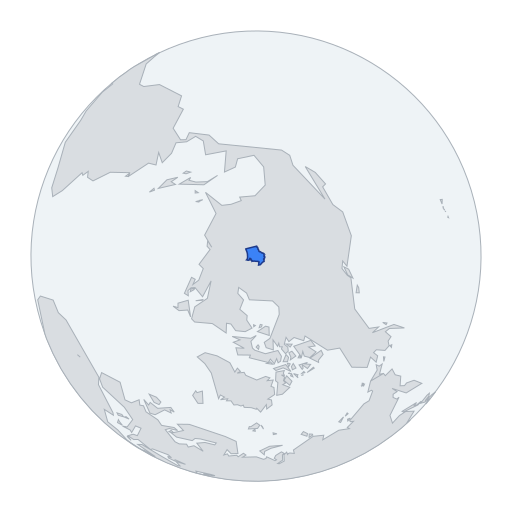 Wisconsin highlighted on a globe, orthographic projection, rotated 166°
{"feature_id": "USA-3553", "entity_name": "Wisconsin", "entity_type": "State", "adm_level": 1, "iso_a3": "USA", "parent_name": "United States of America", "parent_adm1": "", "projection": "orthographic", "projection_center": [-89.863, 44.9], "detail": "fine", "context": "on_globe", "style": "filled", "palette": "blue", "viewbox_px": 512, "rotation_deg": 166, "n_neighbors": 0, "source": "natural_earth", "source_scale": "10m", "svg_char_len": 12200}
<svg xmlns="http://www.w3.org/2000/svg" viewBox="0 0 512 512"><g transform="rotate(166 256 256)"><circle cx="256" cy="256" r="225" fill="#eef3f6" stroke="#a8b0b8"/><path d="M301.0,476.7L305.1,475.8L300.0,476.9L306.3,474.0L316.1,468.9L327.5,450.8L323.9,447.6L308.2,445.7L289.5,429.4L295.4,419.8L291.0,416.0L305.5,400.0L301.1,387.0L295.8,385.8L290.9,391.8L272.3,384.7L265.1,373.9L205.6,352.6L198.9,345.5L198.2,335.1L175.3,294.5L186.6,330.9L178.3,322.8L171.1,309.1L174.6,307.0L169.0,287.3L161.2,277.8L158.6,252.6L170.2,224.1L173.1,230.2L175.6,223.1L172.1,215.2L169.2,211.9L173.0,180.7L163.8,158.4L154.2,157.5L161.6,153.4L138.7,156.2L129.4,150.3L144.1,153.4L148.8,151.2L144.5,145.1L148.4,141.5L148.6,136.7L153.7,133.2L161.9,135.9L165.3,133.8L162.1,129.7L165.1,123.9L169.3,130.2L175.1,121.0L189.9,124.9L197.0,146.4L209.4,147.3L227.8,166.5L230.2,162.3L238.8,167.7L244.8,165.0L246.5,169.8L249.9,163.6L247.2,159.8L247.7,155.9L251.0,154.1L253.8,159.7L252.5,161.5L255.1,162.2L255.0,165.9L256.9,163.1L259.8,170.5L261.9,160.7L268.3,164.6L268.9,170.2L262.4,172.7L247.6,193.7L246.2,201.0L250.8,208.4L273.0,215.1L274.1,222.3L280.4,229.7L282.7,224.1L278.7,216.4L284.6,208.2L279.0,200.3L280.5,196.0L277.3,187.0L284.8,185.2L293.8,188.5L296.8,196.1L300.9,197.9L303.6,188.5L314.7,201.0L331.5,206.8L333.7,210.7L327.7,221.5L313.4,226.7L305.6,242.7L317.7,229.4L322.8,240.1L326.6,240.9L330.4,238.9L331.3,233.8L334.5,237.1L323.7,250.9L320.6,248.1L324.1,243.6L317.4,246.4L310.2,256.6L313.3,261.7L299.0,273.4L301.1,277.3L299.2,282.4L296.8,275.2L300.8,288.7L284.5,306.9L289.6,330.0L276.9,313.4L267.7,312.2L256.9,313.3L257.6,317.1L242.4,314.7L229.9,322.6L227.0,340.6L233.6,354.2L250.3,354.8L254.5,347.3L266.3,345.1L259.5,365.2L280.4,366.4L279.3,380.4L285.6,386.7L295.7,383.6L306.2,385.2L313.1,376.1L324.4,369.2L325.4,380.0L331.0,368.5L337.8,372.1L359.9,364.3L358.4,367.4L377.1,372.5L396.0,368.3L400.4,373.1L398.3,378.7L404.5,376.2L404.6,378.9L428.1,366.3L438.9,362.8L437.7,371.6L427.0,389.1L413.5,412.5L393.3,430.0L385.6,437.9L365.4,452.2L353.5,457.6L354.3,458.4L345.6,462.6L337.1,465.9L333.5,467.5L327.1,469.7L328.9,469.1L301.0,476.7ZM61.6,265.9L62.9,261.4L63.6,266.2L61.6,265.9ZM62.8,257.4L62.5,259.2L62.5,257.4L62.8,257.4ZM62.1,255.2L62.6,256.8L61.9,255.4L62.1,255.2ZM61.0,252.9L61.7,254.0L61.0,252.9ZM289.3,337.7L313.1,344.3L300.4,348.0L302.7,345.7L296.5,342.3L285.2,339.9L273.8,343.5L289.3,337.7ZM60.1,248.0L59.9,246.6L60.6,247.2L60.1,248.0ZM298.0,323.7L294.0,323.5L297.8,322.7L298.0,323.7ZM167.3,211.1L171.6,215.5L173.3,224.2L169.3,220.8L167.3,211.1ZM164.7,195.3L167.8,196.1L164.8,203.2L164.0,200.5L164.7,195.3ZM146.4,157.9L149.1,160.9L145.1,159.3L146.4,157.9ZM147.8,136.7L145.7,137.1L146.7,134.5L147.8,136.7ZM273.4,188.7L275.3,187.9L275.0,189.9L273.4,188.7ZM270.3,185.7L268.4,188.6L266.7,187.7L267.8,185.9L270.3,185.7ZM155.3,126.8L157.5,122.8L156.7,127.3L155.3,126.8ZM272.9,182.3L263.7,185.6L260.6,183.9L262.4,175.7L272.9,182.3ZM159.7,120.7L164.8,111.4L160.7,111.2L175.1,106.9L166.0,116.0L165.7,121.4L163.1,119.3L159.7,120.7ZM244.9,159.4L247.9,163.3L242.3,161.7L244.9,159.4ZM241.2,159.3L223.2,160.9L220.4,154.4L227.0,155.0L220.9,148.4L228.3,144.4L233.4,147.2L233.7,152.1L236.3,146.9L241.2,159.3ZM182.3,106.3L184.7,104.6L183.7,106.9L182.3,106.3ZM247.5,154.2L244.2,154.9L241.5,149.3L247.8,146.9L246.6,149.4L247.5,154.2ZM215.6,148.7L214.7,144.3L220.5,139.9L221.0,137.6L228.3,143.8L215.6,148.7ZM248.9,149.8L251.0,145.8L255.3,146.9L250.7,153.1L248.9,149.8ZM238.1,149.0L237.2,146.3L239.8,147.0L238.1,149.0ZM271.7,149.2L267.7,149.8L265.9,146.9L271.7,149.2ZM251.5,144.3L250.0,143.9L248.9,143.0L251.1,140.7L251.5,144.3ZM231.8,140.3L234.5,139.5L229.2,137.6L233.3,134.4L237.4,139.2L237.4,135.8L238.6,134.8L240.6,139.9L231.8,140.3ZM250.0,135.5L256.7,140.9L264.4,140.1L266.2,142.6L253.4,143.5L250.0,135.5ZM244.3,137.6L248.2,136.8L248.4,140.1L245.9,142.7L244.3,137.6ZM234.6,130.6L227.2,134.2L226.6,133.1L234.6,130.6ZM252.2,134.6L250.6,133.3L252.8,134.1L252.2,134.6ZM240.0,131.0L237.5,132.4L236.8,131.0L240.0,131.0ZM249.4,129.8L251.5,131.4L249.9,133.2L249.4,129.8ZM245.0,129.8L244.7,127.6L248.0,132.8L244.0,130.6L245.0,129.8ZM239.8,129.5L238.5,129.2L240.9,129.1L239.8,129.5ZM254.5,122.4L258.9,128.5L255.2,132.3L251.4,125.8L254.5,122.4ZM155.8,54.2L156.8,53.7L166.9,49.1L167.1,49.0L168.1,48.6L182.9,42.9L198.0,38.3L213.5,34.8L229.1,32.3L244.9,31.0L260.8,30.8L276.6,31.7L292.3,33.7L307.9,36.8L323.1,41.0L338.1,46.2L352.6,52.5L366.7,59.8L380.2,68.1L393.1,77.3L405.3,87.3L416.8,98.3L416.8,98.2L416.9,98.3L421.6,103.2L421.2,102.9L421.8,103.5L433.1,116.7L443.3,130.8L452.4,145.6L460.3,161.1L467.0,177.1L472.5,193.7L476.6,210.6L479.5,227.7L479.3,227.0L479.7,231.6L478.4,266.3L474.9,269.3L463.5,262.3L461.5,248.8L455.8,239.9L437.8,176.4L440.0,169.3L432.7,138.6L432.9,136.0L440.3,143.9L440.0,131.0L432.2,120.7L425.5,108.4L416.8,98.4L402.2,85.7L416.3,101.8L412.3,100.7L395.8,84.2L382.5,71.4L380.5,70.7L383.4,76.0L374.8,70.9L383.8,77.9L384.3,76.7L389.9,81.3L389.9,82.8L386.8,80.7L389.3,84.4L403.1,93.9L405.1,93.7L414.8,106.5L419.1,107.5L423.7,112.6L418.3,112.8L414.6,110.4L409.2,116.7L414.0,120.3L419.4,114.8L420.2,117.6L426.7,123.3L422.4,121.3L415.2,127.1L420.3,141.0L436.5,165.8L437.5,174.7L434.0,180.2L418.4,166.4L417.9,148.1L412.4,143.7L404.2,144.8L404.8,139.4L401.4,137.9L400.4,131.4L390.9,120.8L388.6,114.5L377.0,109.4L374.3,105.7L381.9,109.6L386.0,109.4L379.5,95.3L376.0,92.3L368.9,90.2L368.0,87.0L362.1,86.9L354.5,79.3L358.7,88.7L350.6,87.4L341.7,82.7L339.8,84.2L354.3,92.0L359.3,93.7L362.5,92.3L376.9,99.5L380.9,104.7L368.6,104.2L372.9,111.8L361.5,108.8L329.5,88.3L320.1,80.9L321.3,68.7L328.0,70.2L330.9,75.1L335.4,70.7L331.6,70.9L330.8,68.5L322.9,67.3L321.9,65.5L315.9,67.6L313.9,65.3L317.7,64.0L304.2,61.0L297.9,56.9L295.3,57.1L294.3,58.6L287.0,52.8L285.4,53.3L287.2,55.3L285.1,57.7L278.7,59.8L276.5,57.7L278.5,56.6L279.5,51.5L285.2,49.4L283.7,48.8L278.2,50.2L277.0,56.3L273.7,58.3L273.3,55.1L273.2,56.4L270.9,56.7L266.6,55.2L266.6,58.7L244.2,67.2L233.6,65.7L235.7,61.5L217.8,66.9L207.2,65.9L208.9,67.6L201.4,72.0L204.6,72.4L204.9,73.6L187.1,86.4L181.3,88.2L175.5,96.7L176.4,97.8L180.4,96.9L175.1,106.9L160.7,111.2L159.5,108.6L151.3,113.5L149.7,107.1L144.6,104.4L147.6,95.2L143.3,94.3L140.6,96.4L132.7,97.2L125.9,92.3L143.4,86.8L156.0,94.6L151.9,90.3L156.4,88.7L157.2,85.6L154.0,83.1L151.4,84.4L164.6,68.9L164.0,60.8L155.4,66.5L148.4,68.9L140.2,67.2L150.8,56.8L145.9,59.5L155.8,54.2ZM451.0,200.4L453.2,203.5L451.0,200.4ZM360.7,56.6L359.0,55.8L354.6,53.5L355.2,54.1L358.9,55.8L359.2,57.1L351.6,53.4L348.9,52.8L352.5,54.9L366.3,61.8L365.9,59.6L371.8,62.9L373.0,63.5L371.0,62.3L360.7,56.6ZM360.5,363.9L363.3,365.0L359.8,366.4L360.5,363.9ZM299.1,353.2L304.0,352.7L306.6,354.0L303.0,355.3L299.1,353.2ZM338.6,344.4L344.0,343.8L338.6,346.4L338.6,344.4ZM316.8,344.9L334.4,345.2L324.0,351.5L312.8,351.3L320.3,348.6L316.8,344.9ZM296.7,331.4L299.8,331.8L299.2,334.2L296.7,331.4ZM300.8,323.2L299.7,323.6L298.0,322.0L300.8,323.2ZM323.4,239.3L324.4,238.3L328.5,237.2L327.1,239.8L323.4,239.3ZM343.9,221.6L348.6,227.4L344.2,224.8L343.1,229.1L332.5,229.5L334.2,212.7L335.3,220.1L343.9,221.6ZM318.8,226.0L325.4,227.2L318.1,226.6L318.8,226.0ZM383.6,137.3L386.0,135.3L390.3,138.6L393.1,147.8L386.8,143.1L383.6,137.3ZM388.3,132.0L375.3,129.7L373.1,124.3L376.5,127.6L376.3,124.2L381.9,128.8L392.3,126.4L396.9,129.2L399.6,144.0L396.2,137.4L394.1,139.5L388.3,132.0ZM346.3,137.7L340.7,137.9L343.1,125.8L348.0,127.1L351.2,136.1L347.1,139.8L346.3,137.7ZM277.9,167.6L275.5,169.3L274.8,167.6L276.1,164.8L277.9,167.6ZM269.9,149.7L287.1,158.9L285.4,161.2L297.6,164.4L297.7,171.8L289.7,169.3L298.9,177.8L291.8,178.5L298.6,183.7L281.0,177.4L275.0,178.8L281.6,174.4L281.7,167.5L280.0,164.9L270.5,158.9L257.6,159.0L255.6,152.6L257.6,148.0L260.4,147.0L260.8,151.4L264.3,146.9L267.0,152.5L269.9,149.7ZM282.6,104.9L281.9,109.3L289.3,103.4L292.1,108.1L292.8,107.2L297.3,110.0L304.1,112.0L304.4,114.4L306.9,114.1L310.0,116.2L313.5,116.8L315.3,121.5L319.7,122.6L318.0,124.3L325.2,125.1L320.7,126.7L324.2,129.8L326.8,126.6L327.7,153.3L331.7,164.0L337.4,172.3L328.8,174.5L317.9,168.5L307.2,158.8L304.6,148.5L301.2,151.7L299.0,147.8L302.6,146.9L295.7,146.0L294.8,142.7L285.3,135.5L275.8,136.8L272.0,134.4L275.3,132.3L269.3,131.5L273.0,125.9L270.4,124.1L271.4,117.1L279.2,114.3L275.8,112.6L276.4,107.6L282.6,104.9ZM255.0,120.4L263.8,115.5L269.6,115.8L265.4,127.9L267.2,130.2L264.7,138.5L256.3,138.0L257.8,135.7L257.3,133.3L260.1,134.4L257.5,131.7L259.5,128.5L258.0,125.6L261.2,124.7L255.0,120.4ZM429.1,130.5L428.5,128.2L426.6,124.1L430.7,127.9L429.1,130.5ZM424.5,134.7L423.4,132.0L428.2,134.8L428.8,137.4L424.5,134.7ZM418.6,128.5L422.9,131.7L420.9,131.5L418.6,128.5ZM380.5,107.3L378.8,104.7L380.2,104.8L383.0,106.6L380.5,107.3ZM305.2,90.0L303.8,92.1L302.3,91.6L295.8,93.9L293.3,90.9L296.2,88.3L305.2,90.0ZM406.9,89.9L411.8,94.4L412.1,95.1L410.4,93.3L406.9,89.9ZM423.7,111.3L421.8,107.3L424.8,112.3L423.7,111.3ZM301.3,87.1L298.9,88.3L299.1,86.1L301.3,87.1ZM291.0,88.8L290.6,86.2L292.2,90.8L291.0,88.8ZM276.0,65.9L288.0,65.8L294.9,64.3L296.1,61.1L299.5,65.9L288.9,68.1L276.0,65.9ZM248.4,67.1L247.4,70.4L244.4,69.5L244.2,68.6L248.4,67.1ZM250.2,68.8L255.3,72.0L252.5,74.2L249.0,71.2L250.2,68.8ZM278.7,78.4L282.4,78.5L282.2,80.3L278.7,78.4ZM127.1,71.3L125.1,72.6L125.8,72.4L121.8,75.8L125.4,74.2L124.2,75.8L118.9,78.9L114.6,80.8L122.3,74.7L127.1,71.3ZM127.2,73.4L132.0,73.3L123.8,79.5L121.0,80.9L122.2,78.2L126.4,75.0L127.2,73.4ZM130.7,75.2L134.9,72.3L150.6,69.0L151.8,69.9L135.6,75.0L138.6,72.7L136.2,72.6L130.7,75.2ZM183.0,103.8L184.6,104.5L182.0,105.1L183.0,103.8ZM206.8,73.7L206.7,75.5L203.7,75.9L206.8,73.7ZM204.8,80.7L208.2,79.0L205.5,81.7L204.8,80.7ZM215.8,75.1L210.0,78.7L214.2,74.0L215.8,75.1Z" fill="#d9dde1" stroke="#a8b0b8" stroke-width="1"/><path d="M264.5,253.7L264.8,253.8L265.0,253.9L265.1,254.0L265.3,254.1L265.5,254.2L265.6,254.3L265.8,254.4L266.0,254.5L265.8,254.6L265.7,254.8L265.5,255.0L265.3,255.1L265.2,255.3L265.1,255.5L264.9,255.8L264.8,256.0L264.7,256.3L264.5,256.8L264.4,257.2L264.3,257.6L264.2,257.9L264.2,258.3L264.1,258.7L264.0,259.1L263.9,259.5L263.9,259.9L263.8,260.3L263.8,260.6L263.8,261.1L263.8,261.5L263.8,261.8L263.8,262.0L263.8,262.4L263.9,262.9L264.0,263.4L264.0,263.7L264.1,264.1L264.1,264.5L264.2,264.8L264.2,265.3L263.6,265.3L263.1,265.4L262.0,265.4L261.5,265.4L257.9,265.4L256.8,265.4L253.7,265.4L253.8,265.3L253.8,265.2L253.7,265.1L253.6,264.9L253.4,264.8L253.3,264.7L252.8,264.6L252.7,264.6L252.5,264.3L252.5,264.2L252.5,263.9L252.4,263.9L252.3,263.7L252.3,263.4L252.3,263.2L252.3,262.8L252.3,262.7L252.5,262.3L252.5,262.2L252.4,262.1L252.2,262.0L252.1,261.9L252.1,261.7L252.1,261.4L252.0,261.2L252.0,260.8L252.1,260.6L252.1,260.4L252.0,260.2L252.0,259.9L251.9,259.8L251.8,259.7L251.7,259.7L251.6,259.4L251.4,259.4L251.3,259.2L251.0,259.2L250.9,259.2L250.6,258.9L250.4,258.8L250.2,258.3L250.1,258.1L249.7,257.7L249.2,257.6L249.1,257.3L249.0,257.2L248.9,257.1L248.4,257.0L248.3,256.9L248.2,256.9L248.0,256.6L247.8,256.5L247.7,256.4L247.9,256.2L247.9,255.9L247.9,255.6L247.9,255.4L247.9,255.2L248.0,255.0L248.0,254.9L248.0,254.7L247.9,254.7L248.0,254.6L248.0,254.4L248.1,254.2L248.3,253.9L248.3,253.7L248.2,253.7L248.1,253.3L247.9,253.2L247.7,253.2L247.7,252.7L248.0,252.4L248.0,252.2L248.2,251.9L248.3,251.8L248.5,251.7L248.9,251.6L249.0,251.5L249.0,251.4L249.1,251.5L249.2,251.4L249.3,251.3L249.4,251.2L249.4,249.0L249.5,249.0L249.7,248.9L249.8,248.7L250.3,248.7L251.7,248.0L252.0,247.8L253.3,246.9L253.6,246.7L253.9,246.5L254.4,246.5L254.8,246.6L255.1,246.6L255.7,246.6L255.5,247.1L255.0,248.3L254.7,249.0L254.5,249.4L254.5,249.5L254.8,249.5L255.0,249.6L255.1,249.8L255.3,250.2L255.3,250.3L255.6,250.4L256.0,250.5L257.1,250.8L257.5,250.9L257.7,251.0L258.0,251.1L258.8,251.5L259.0,251.5L259.3,251.6L259.5,251.6L259.8,251.6L260.0,251.7L260.3,251.7L260.4,251.8L260.5,251.8L260.8,251.9L260.9,252.1L260.8,252.3L260.9,252.5L261.0,252.5L261.1,252.4L261.1,252.5L261.4,252.6L261.5,252.6L261.6,252.8L261.6,253.0L261.7,253.3L261.7,253.5L261.5,253.8L261.5,254.0L261.8,254.1L262.0,254.0L262.0,254.4L261.9,254.6L261.9,254.8L262.0,254.9L262.1,255.0L262.3,255.1L262.6,255.2L262.8,255.0L262.8,254.7L263.1,254.5L263.2,254.4L263.4,254.2L263.5,253.9L263.6,253.7L263.8,253.7L264.1,253.7L264.5,253.7Z" fill="#3b82f6" stroke="#1e3a8a" stroke-width="1.5"/></g></svg>